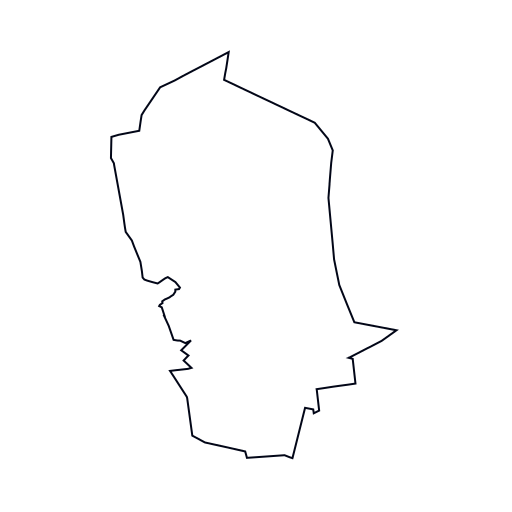 General Zaragoza, Nuevo León, Mexico (Mercator projection), rotated 259°
{"feature_id": "50627088B50293210401626", "entity_name": "General Zaragoza", "entity_type": "district", "adm_level": 2, "iso_a3": "MEX", "parent_name": "Mexico", "parent_adm1": "Nuevo León", "projection": "mercator", "projection_center": [-99.779, 23.881], "detail": "fine", "context": "isolated", "style": "outline", "palette": "ink", "viewbox_px": 512, "rotation_deg": 259, "n_neighbors": 0, "source": "geoboundaries", "source_scale": "gbopen_adm2", "svg_char_len": 1885}
<svg xmlns="http://www.w3.org/2000/svg" viewBox="0 0 512 512"><g transform="rotate(259 256 256)"><path d="M316.0,342.8L333.1,347.6L345.0,351.5L357.4,349.0L375.6,339.1L391.3,317.7L413.4,287.6L435.0,258.3L441.1,260.6L446.0,262.6L453.8,265.4L461.4,268.1L454.2,244.0L454.1,243.6L450.8,232.5L450.4,231.2L450.3,230.9L450.2,230.4L446.6,218.4L443.8,209.7L439.9,194.1L420.2,174.3L416.2,170.6L410.1,168.4L401.2,165.3L401.2,160.3L401.2,144.4L400.5,136.8L379.8,132.3L379.2,132.5L374.1,134.2L372.6,134.1L321.7,133.5L313.1,133.0L308.9,132.8L304.5,132.7L294.9,137.1L288.8,138.1L280.2,139.8L272.3,141.4L262.9,141.1L256.5,140.6L254.2,141.9L252.6,144.5L250.1,149.4L247.8,154.2L248.6,156.2L250.4,160.2L251.5,162.8L252.1,165.4L245.8,171.9L239.5,175.3L238.2,174.1L238.4,170.4L236.4,170.0L233.7,167.4L232.6,164.6L231.9,163.2L231.1,160.0L230.8,158.4L229.4,155.3L227.6,155.2L226.4,152.3L225.3,151.4L223.6,153.7L214.5,154.8L214.6,154.4L213.0,154.8L204.0,157.0L189.4,159.1L188.0,162.8L187.4,165.4L184.0,170.0L185.5,176.1L177.7,164.6L171.2,170.7L169.5,168.2L167.2,165.0L158.5,171.3L158.2,167.6L159.0,157.6L159.1,156.7L159.6,149.7L157.2,150.7L156.3,151.0L155.7,151.3L131.0,161.2L129.8,161.3L129.7,161.3L129.3,161.3L118.6,160.7L91.8,159.2L82.7,170.3L76.1,185.5L75.7,186.5L66.2,208.1L59.6,208.6L58.6,216.6L55.0,246.0L53.6,248.2L52.0,250.7L50.6,253.2L50.8,253.3L51.3,253.6L51.7,253.7L52.5,254.1L54.2,254.9L56.1,255.8L97.6,275.2L94.5,282.9L90.6,282.7L92.2,288.5L112.8,290.1L113.7,290.1L113.4,296.7L113.0,306.8L112.7,312.3L112.1,322.4L111.8,329.3L136.6,331.3L138.3,327.7L138.4,328.2L138.5,328.2L138.5,328.3L143.6,345.6L143.7,346.0L144.4,348.3L144.5,348.9L148.7,363.1L156.3,379.7L171.7,341.1L172.2,339.9L185.8,337.2L190.8,336.2L211.7,332.2L214.5,332.2L223.9,332.1L237.8,332.0L254.1,333.7L280.2,336.3L299.2,338.2L312.1,341.8L312.7,341.9L315.9,342.8L316.0,342.8Z" fill="none" stroke="#020617" stroke-width="2"/></g></svg>